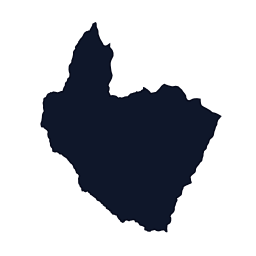 outline of Jericó, Boyacá, Colombia, rotated 192°
{"feature_id": "7082276B82066081329321", "entity_name": "Jericó", "entity_type": "district", "adm_level": 2, "iso_a3": "COL", "parent_name": "Colombia", "parent_adm1": "Boyacá", "projection": "robinson", "projection_center": [-72.572, 6.138], "detail": "fine", "context": "isolated", "style": "filled", "palette": "ink", "viewbox_px": 256, "rotation_deg": 192, "n_neighbors": 0, "source": "geoboundaries", "source_scale": "gbopen_adm2", "svg_char_len": 5793}
<svg xmlns="http://www.w3.org/2000/svg" viewBox="0 0 256 256"><g transform="rotate(192 128 128)"><path d="M168.6,73.5L167.7,73.3L166.8,72.8L165.6,71.6L165.4,70.7L165.6,68.1L165.2,66.9L164.7,64.6L164.2,63.4L163.4,62.9L163.2,62.6L162.5,61.2L161.7,60.6L161.1,60.3L160.7,59.8L160.4,59.4L160.3,58.5L160.0,58.1L159.7,57.3L159.0,57.4L158.2,57.9L157.2,57.2L156.4,57.0L154.9,58.1L154.4,58.2L153.9,58.1L152.9,57.1L151.9,56.9L151.6,56.6L150.6,55.5L149.4,55.2L146.7,53.9L144.4,52.9L144.1,52.6L143.7,52.0L143.0,51.3L142.3,51.1L140.8,51.0L139.6,50.5L137.9,49.0L137.0,49.0L136.7,48.9L136.4,48.6L136.2,47.9L136.0,47.7L135.2,47.5L134.5,47.0L133.7,47.0L133.0,46.7L132.6,46.2L132.5,45.5L132.3,45.2L129.2,44.2L128.6,43.5L127.5,43.3L126.8,42.1L125.8,41.6L125.1,40.9L124.7,40.8L123.6,41.1L122.1,40.7L120.4,40.7L120.1,40.4L120.0,39.8L119.8,39.5L118.9,38.4L117.7,37.3L117.2,37.0L116.5,36.8L115.6,35.5L114.5,35.2L113.9,34.8L113.0,35.2L112.5,35.7L112.4,36.1L112.6,36.8L112.5,37.1L111.8,37.2L110.8,37.8L109.5,38.3L109.0,37.9L107.7,37.7L106.9,38.5L106.0,38.7L104.9,39.3L103.3,39.8L102.6,39.7L102.2,39.6L101.7,39.1L101.1,38.1L100.6,38.1L99.8,38.4L99.3,38.4L98.0,37.8L97.5,37.4L96.2,36.0L95.8,35.8L93.8,35.8L91.8,35.3L90.9,34.9L90.4,34.3L90.4,32.8L90.2,32.2L89.7,32.1L88.8,32.3L87.5,31.6L86.5,31.6L85.2,31.8L84.9,31.9L84.5,32.6L84.0,33.1L82.6,33.6L81.2,34.5L79.7,34.3L79.0,34.0L78.6,33.9L77.1,33.9L75.9,34.3L74.4,35.2L72.3,36.0L71.4,36.0L70.9,35.9L69.4,34.8L68.8,34.7L68.6,34.8L69.5,37.7L69.9,41.1L69.7,41.9L67.7,43.8L67.3,44.8L67.2,46.2L67.6,48.5L67.9,49.2L68.5,49.6L68.7,50.3L68.7,50.7L68.5,51.8L68.3,52.5L66.7,54.8L66.3,55.7L66.0,56.7L66.0,58.1L66.4,59.5L66.5,60.6L66.1,62.3L66.0,64.9L65.4,66.8L65.3,67.6L65.5,68.1L66.0,68.7L66.1,69.4L66.0,69.8L65.9,70.1L64.9,70.8L62.3,73.9L62.3,74.9L62.5,77.8L62.4,78.5L61.9,80.6L62.0,81.7L61.7,82.5L59.4,84.6L58.5,85.1L56.8,86.4L55.5,87.2L55.1,87.6L55.1,88.1L55.6,88.7L56.2,89.8L56.6,91.2L57.0,92.0L57.3,93.3L56.9,94.2L56.3,95.3L53.7,98.6L53.4,99.8L53.7,102.0L53.4,103.4L53.1,104.3L51.4,107.6L50.8,109.4L49.6,110.9L49.3,111.6L49.4,114.3L49.1,116.3L49.5,118.6L49.4,119.6L49.5,120.6L49.5,121.1L48.8,122.4L47.8,123.7L47.5,124.3L47.6,127.1L46.5,130.0L46.3,131.0L46.3,132.6L45.8,134.2L45.6,134.7L44.3,136.2L43.6,137.5L43.3,138.7L43.4,142.3L43.0,145.0L42.9,147.4L42.1,149.8L42.4,151.9L42.1,154.4L41.8,155.3L41.2,156.2L39.9,158.7L41.9,159.3L42.8,159.6L45.4,160.2L46.7,160.3L48.7,160.3L49.1,160.4L51.4,161.7L55.9,163.2L58.3,163.8L60.8,164.8L61.2,165.1L62.2,166.6L63.0,168.7L63.6,171.0L66.5,170.8L69.1,170.1L70.4,169.5L73.1,167.4L74.2,167.1L75.5,167.2L76.1,167.5L76.8,168.3L77.7,169.0L78.5,171.3L78.8,171.7L79.7,172.7L82.4,174.9L83.5,176.1L85.3,177.1L87.6,178.5L89.5,178.5L90.2,178.4L92.1,177.6L93.5,177.2L98.4,177.4L98.8,177.6L100.0,177.6L101.2,178.1L102.1,177.5L103.5,175.8L104.9,172.8L107.7,168.5L112.7,166.4L113.2,166.3L114.1,167.3L114.9,167.9L117.4,169.3L118.5,169.6L119.1,170.0L120.1,170.4L120.9,170.5L120.8,169.8L120.6,169.5L120.6,169.1L120.4,168.9L120.4,168.6L120.8,168.3L121.0,168.3L121.5,168.1L122.0,167.6L122.5,167.1L122.6,166.5L123.6,165.7L124.2,165.7L125.2,165.0L126.0,164.8L126.1,164.6L126.3,164.6L126.8,165.0L127.0,165.0L127.2,164.5L127.9,163.8L129.5,163.2L130.1,162.7L132.4,161.6L132.7,161.2L133.2,160.2L134.0,159.2L134.1,158.2L135.2,158.2L137.4,157.5L138.5,156.6L139.3,156.3L139.7,155.8L140.0,155.7L142.1,155.8L142.7,155.5L143.2,155.0L143.8,155.0L145.2,155.7L146.3,156.3L147.8,156.4L149.6,156.3L152.2,155.4L152.6,156.2L153.3,157.2L154.6,158.8L155.2,159.2L154.8,160.8L154.8,161.8L155.0,163.2L155.1,163.5L156.0,164.4L156.4,165.1L156.6,165.9L156.5,166.8L156.2,168.2L155.3,170.8L154.7,173.5L154.7,175.1L154.7,176.1L155.4,177.5L156.0,178.5L156.8,180.2L158.6,185.3L159.1,187.5L159.2,188.9L159.0,191.0L157.9,195.4L158.5,198.2L159.7,200.3L160.7,201.3L162.6,202.7L163.2,203.8L163.3,205.2L163.5,206.1L164.9,204.5L165.7,203.9L166.7,203.3L167.9,203.2L169.0,203.4L169.6,203.7L170.9,205.4L174.3,209.1L176.7,212.9L177.1,213.8L177.6,215.8L178.1,217.2L180.1,219.8L180.4,220.6L180.9,222.7L181.4,224.2L181.3,224.4L183.8,222.2L183.6,221.3L183.8,220.3L185.4,215.1L185.7,214.4L186.2,214.2L186.8,214.4L187.5,213.6L188.4,213.5L189.7,212.1L190.0,211.7L190.6,209.8L190.9,208.3L191.6,206.7L192.8,204.8L193.4,203.0L193.9,202.2L193.8,201.4L194.0,200.7L193.7,200.2L193.9,200.0L194.4,199.9L194.9,198.6L194.6,198.4L194.8,198.1L194.7,197.6L194.9,197.5L195.3,197.6L195.5,197.6L196.0,196.2L195.4,194.9L195.4,194.6L195.8,193.5L196.5,192.3L196.8,191.3L196.8,190.6L196.4,189.0L196.3,187.8L196.3,185.4L196.7,182.1L196.4,180.8L196.4,180.3L196.6,179.8L198.0,177.1L198.1,176.1L197.6,172.9L196.9,171.0L195.8,169.1L195.6,168.0L195.4,165.9L195.7,164.9L196.6,164.0L196.9,163.5L196.9,160.9L197.1,160.5L197.9,159.6L198.2,158.8L198.2,158.2L197.9,156.5L198.8,153.8L199.1,150.3L199.6,149.7L200.8,149.6L202.5,148.4L204.1,147.5L206.2,147.6L208.5,147.5L209.7,146.4L210.9,146.3L211.3,145.7L211.7,145.4L213.0,144.6L213.7,143.2L213.9,141.9L214.2,141.0L214.7,140.3L215.5,139.9L216.0,139.4L216.1,138.7L215.8,137.0L216.0,134.9L214.9,132.1L214.7,130.5L214.0,128.7L213.5,127.9L213.3,126.8L213.3,126.2L213.7,125.4L214.0,124.3L214.1,123.0L213.7,120.3L213.5,117.3L213.5,116.6L213.8,114.8L213.8,113.9L212.8,111.6L212.6,111.4L212.3,111.4L210.7,111.9L209.8,110.9L206.8,109.6L205.8,108.8L205.2,108.1L204.9,107.2L205.0,106.0L204.9,105.2L204.1,103.1L203.5,102.3L202.4,101.3L202.0,100.9L201.8,100.3L201.7,99.0L200.5,97.1L200.0,95.0L199.1,93.8L197.6,92.8L197.0,91.6L196.8,90.6L196.5,89.8L194.9,89.6L194.3,89.6L193.3,90.1L192.3,90.2L190.4,89.5L189.3,88.7L187.6,89.0L187.2,88.9L186.0,88.0L184.6,87.3L182.3,86.5L180.8,85.7L180.5,85.5L180.0,84.7L179.0,84.1L176.8,82.2L175.0,81.4L173.7,80.2L173.0,79.1L172.4,77.9L172.0,77.6L171.3,77.5L171.1,77.3L170.5,76.2L169.8,75.5L169.1,74.0L168.6,73.5Z" fill="#0f172a" stroke="#020617" stroke-width="1.5"/></g></svg>